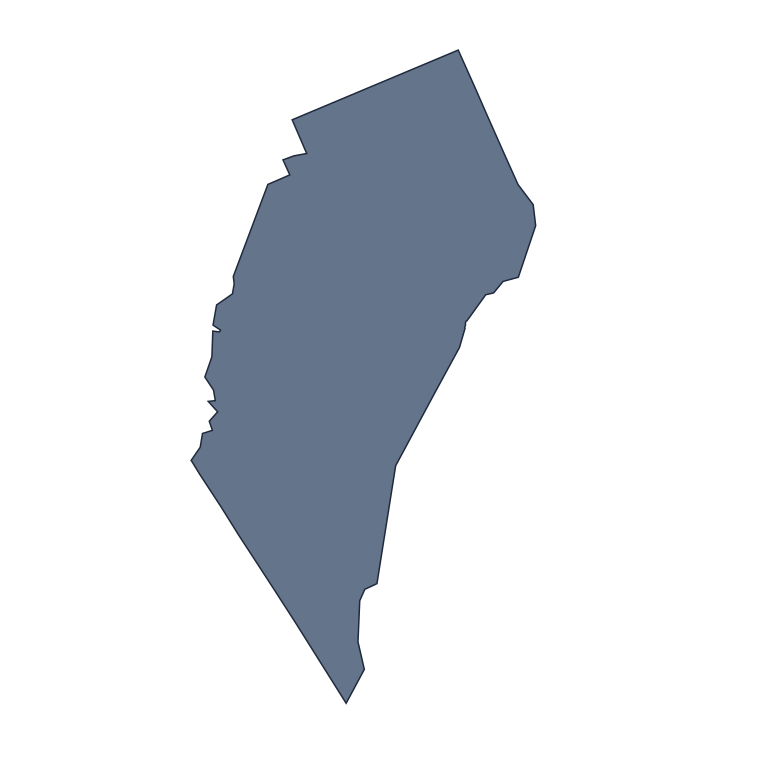 DeKalb, Alabama, United States of America, rotated 157°
{"feature_id": "52423323B14233481639127", "entity_name": "DeKalb", "entity_type": "district", "adm_level": 2, "iso_a3": "USA", "parent_name": "United States of America", "parent_adm1": "Alabama", "projection": "natural_earth1", "projection_center": [-85.762, 34.53], "detail": "fine", "context": "isolated", "style": "filled", "palette": "slate", "viewbox_px": 768, "rotation_deg": 157, "n_neighbors": 0, "source": "geoboundaries", "source_scale": "gbopen_adm2", "svg_char_len": 927}
<svg xmlns="http://www.w3.org/2000/svg" viewBox="0 0 768 768"><g transform="rotate(157 384 384)"><path d="M185.2,662.4L365.3,663.1L365.1,626.4L377.7,629.2L389.4,629.8L389.0,613.3L412.9,613.1L480.7,541.9L482.8,534.7L488.3,526.2L507.2,522.2L518.4,505.0L513.4,497.5L515.2,496.3L520.9,499.6L531.8,476.3L546.2,460.4L543.3,445.0L545.8,434.6L552.6,436.7L548.0,423.4L559.4,418.0L560.1,408.4L570.4,409.4L577.9,397.6L591.4,389.0L591.2,388.2L589.0,373.5L582.0,334.5L577.3,304.8L577.2,303.8L572.4,277.0L564.7,233.6L564.7,233.4L558.6,198.1L543.6,104.9L513.6,129.0L508.7,156.8L491.0,194.0L481.9,202.5L468.5,203.0L405.2,304.2L339.7,356.8L300.3,388.1L287.7,403.5L287.7,404.3L285.9,406.5L285.5,407.6L284.8,409.0L284.0,409.7L282.8,409.8L281.4,410.7L255.5,426.4L247.5,425.0L234.3,431.9L218.6,429.8L182.5,470.5L176.6,490.8L182.7,515.3L183.4,550.0L184.1,593.2L184.4,621.0L185.2,662.4Z" fill="#64748b" stroke="#1e293b" stroke-width="1.5"/></g></svg>